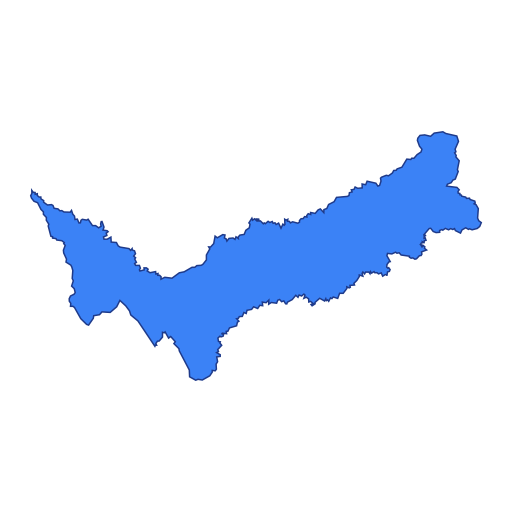 Fundación, Magdalena, Colombia
{"feature_id": "7082276B77818351082127", "entity_name": "Fundación", "entity_type": "district", "adm_level": 2, "iso_a3": "COL", "parent_name": "Colombia", "parent_adm1": "Magdalena", "projection": "mercator", "projection_center": [-73.904, 10.46], "detail": "fine", "context": "isolated", "style": "filled", "palette": "blue", "viewbox_px": 512, "rotation_deg": 0, "n_neighbors": 0, "source": "geoboundaries", "source_scale": "gbopen_adm2", "svg_char_len": 6051}
<svg xmlns="http://www.w3.org/2000/svg" viewBox="0 0 512 512"><path d="M202.3,380.0L209.8,375.8L212.2,372.2L212.2,370.4L215.2,370.8L216.4,369.2L216.1,364.1L217.6,361.7L216.7,356.9L220.2,356.4L220.2,354.7L216.6,352.6L218.5,351.5L217.7,349.6L221.7,345.3L219.9,343.0L220.3,341.8L218.5,341.5L217.9,338.1L219.9,336.2L221.0,336.9L223.1,336.2L223.6,334.5L221.9,333.8L222.3,333.2L226.6,333.7L226.2,331.4L227.9,331.2L229.5,327.9L236.6,325.8L237.4,322.2L238.9,321.2L236.6,318.7L238.4,318.3L239.3,316.6L242.3,316.4L243.9,312.5L246.2,313.5L247.0,310.3L251.6,309.4L253.6,306.8L257.7,308.5L259.8,305.3L262.7,305.7L262.3,302.1L266.1,302.7L268.8,300.1L268.7,304.2L271.3,302.5L276.6,303.2L277.8,300.2L279.6,299.5L281.6,301.7L283.8,300.9L285.6,303.8L286.8,303.9L287.4,302.2L292.2,299.6L295.8,295.3L298.0,297.3L299.1,295.0L301.6,296.0L303.9,294.1L305.0,295.1L303.9,298.3L306.2,297.2L308.6,298.8L308.8,302.0L310.6,301.4L313.1,303.4L311.0,304.5L312.1,305.8L315.1,303.8L315.0,302.4L319.7,298.3L324.6,301.0L325.8,298.7L326.4,300.6L327.6,299.9L328.7,301.3L330.5,297.9L331.9,298.6L333.2,297.0L337.7,298.4L339.6,293.3L343.2,293.3L346.9,288.4L346.8,286.8L349.2,287.9L350.3,287.3L349.9,285.4L354.5,285.0L353.9,283.3L356.8,280.5L359.3,276.5L359.3,275.0L362.9,276.2L362.1,273.3L362.9,272.0L364.6,273.9L365.6,272.1L368.9,272.1L370.0,273.7L370.5,271.6L371.6,273.1L374.0,271.6L374.7,272.7L377.1,272.7L378.5,273.9L381.2,272.9L382.7,276.2L385.2,274.6L386.6,274.7L386.9,275.8L387.5,271.9L389.4,271.4L390.1,269.6L388.7,267.7L387.9,268.2L386.7,267.1L387.0,264.5L388.9,261.9L390.2,261.6L386.9,255.7L387.5,253.4L391.9,253.9L395.6,252.2L396.9,253.2L399.2,252.8L401.1,255.0L409.4,256.2L409.4,257.2L411.1,258.2L412.8,257.9L414.9,259.2L416.5,258.8L419.4,255.7L421.1,255.5L421.9,254.2L421.5,251.9L426.6,250.0L424.5,248.3L424.8,246.7L423.0,245.6L422.0,246.9L421.3,245.8L422.5,245.2L420.4,244.5L421.4,242.9L422.7,242.8L422.4,241.7L424.1,242.5L424.3,240.7L426.0,240.3L425.2,237.9L424.1,238.3L424.2,236.5L425.5,235.7L425.0,235.0L424.2,235.7L423.8,234.9L429.2,228.5L430.7,228.3L433.2,231.5L436.1,232.6L439.7,232.3L439.6,230.5L441.9,229.6L442.8,230.2L445.3,228.4L448.6,229.8L450.7,228.6L452.8,229.5L454.5,228.6L455.4,230.6L460.5,233.1L462.0,229.9L465.7,227.8L468.5,229.4L469.5,228.8L472.1,229.8L477.2,228.5L479.7,226.5L481.3,222.6L478.7,220.7L477.6,218.1L478.3,208.6L476.0,204.6L474.1,203.8L475.2,202.9L474.8,201.1L470.1,199.5L469.5,198.2L466.5,198.4L465.7,197.1L461.7,196.2L461.4,195.1L459.8,194.7L459.9,193.5L458.2,193.1L458.0,191.5L459.2,189.8L456.9,187.4L446.6,186.1L447.4,184.2L451.2,182.7L452.9,180.1L455.3,179.1L458.2,171.5L457.4,169.7L459.2,160.8L455.9,156.9L456.2,155.4L454.6,152.8L455.9,151.8L455.1,149.2L458.5,141.4L456.8,136.0L445.8,133.5L442.9,131.8L434.2,133.1L430.6,136.3L424.7,134.9L420.0,135.4L417.8,138.2L417.4,140.4L419.5,146.2L421.9,149.2L421.0,152.0L417.1,154.6L413.9,158.3L411.7,158.2L410.8,159.5L406.8,159.1L401.9,167.2L397.1,168.9L396.2,170.3L393.7,170.5L392.4,173.0L388.5,175.8L386.3,175.3L381.5,177.2L380.5,178.2L381.0,181.1L379.6,185.4L377.9,186.1L375.9,183.2L367.1,181.2L365.7,184.7L362.1,184.0L362.2,187.9L357.7,188.3L355.1,187.0L354.0,189.4L351.3,189.8L352.1,191.9L349.4,192.7L349.0,195.5L347.4,196.4L336.5,197.4L334.1,201.7L328.6,204.5L326.8,208.5L323.9,209.6L323.8,212.6L320.3,208.9L318.1,209.9L315.2,213.4L310.6,212.5L310.7,214.5L308.2,213.7L306.7,215.6L306.9,217.0L304.6,216.6L303.2,218.6L301.1,218.7L299.5,220.5L299.5,222.2L297.8,223.2L292.6,221.8L290.4,222.9L289.4,221.4L287.5,221.3L287.8,219.3L286.1,220.1L284.7,219.2L284.9,224.5L284.1,225.3L282.9,224.1L281.0,228.2L278.6,223.1L276.1,224.5L275.0,222.8L273.1,223.3L272.3,221.5L269.8,222.5L268.1,221.3L265.3,223.7L264.2,222.9L263.3,223.8L260.4,220.9L259.1,221.1L258.7,219.1L256.8,219.0L258.0,220.7L257.1,221.1L254.5,218.8L252.6,220.2L251.9,218.2L248.9,222.9L250.0,224.2L249.3,227.8L245.8,230.3L244.2,234.4L239.9,235.1L238.1,237.1L238.3,238.5L236.0,236.8L235.0,239.4L233.1,238.0L229.0,238.4L226.9,241.1L226.1,238.8L224.4,238.0L225.0,235.0L222.8,234.6L217.3,237.8L215.1,236.1L213.7,243.6L210.6,247.0L208.7,246.9L209.8,248.9L206.4,255.0L206.4,259.9L203.0,264.2L201.3,265.3L196.8,265.6L194.8,267.3L192.0,267.3L184.2,271.8L179.3,272.8L172.0,278.2L164.8,277.3L161.0,279.2L161.1,276.8L159.6,275.3L157.8,275.3L158.0,273.5L155.9,274.0L155.6,271.6L150.0,272.7L147.2,271.0L148.1,269.2L146.5,267.9L144.0,267.9L144.2,269.9L139.9,271.0L139.4,269.8L140.4,268.2L139.4,265.4L135.6,265.4L134.6,263.5L136.4,262.4L134.7,259.0L135.6,257.8L133.7,256.1L135.5,253.7L134.5,250.8L132.3,250.0L132.1,248.6L130.6,250.4L129.0,248.6L120.1,247.1L118.2,245.9L116.4,242.5L111.2,242.1L110.9,237.1L107.2,239.2L104.0,239.2L103.5,236.9L106.9,235.5L106.2,233.1L108.1,231.7L107.1,230.7L103.0,230.1L104.0,227.1L102.0,221.5L101.2,221.6L100.6,224.0L101.1,226.3L98.6,227.8L95.6,225.6L92.5,225.6L88.1,219.2L86.7,220.1L82.3,219.3L81.0,220.3L80.4,222.8L79.0,223.0L77.3,219.1L75.0,219.5L74.5,216.1L72.8,214.2L71.5,210.4L70.2,212.2L64.0,212.0L61.8,210.6L59.9,210.8L58.0,208.9L54.1,208.3L53.0,205.5L51.5,204.6L47.5,205.0L43.6,202.2L43.7,200.6L41.0,198.9L40.8,197.0L39.2,197.1L37.3,195.5L37.3,193.7L35.2,194.3L35.1,192.5L33.2,192.3L31.8,190.4L31.9,193.3L30.7,195.7L31.5,198.1L34.0,201.3L37.6,202.7L41.0,209.5L43.4,211.8L43.4,214.3L46.4,217.5L46.3,220.2L48.8,224.2L48.2,226.0L50.9,236.3L52.6,236.7L52.6,238.1L56.0,238.6L56.7,240.0L61.8,240.7L64.3,242.6L63.7,243.6L65.2,245.4L63.4,250.2L63.7,253.0L66.5,259.1L66.0,262.1L70.8,265.1L71.8,267.0L72.8,270.5L72.2,278.4L73.3,280.8L71.6,286.1L74.2,288.6L75.2,292.5L74.1,294.2L70.5,296.0L69.2,298.7L69.3,301.2L70.8,303.4L70.5,306.3L72.9,306.3L74.5,307.5L80.8,318.7L86.6,324.4L88.6,325.1L93.3,318.3L93.7,315.7L99.5,314.7L102.0,311.9L110.2,312.4L116.7,306.8L119.9,300.4L125.8,305.9L129.5,310.9L130.8,315.0L137.9,320.9L154.9,346.3L155.4,345.2L156.6,345.2L155.8,343.6L157.4,341.2L159.2,341.0L162.5,337.1L162.5,332.3L164.3,332.8L165.1,331.9L168.6,338.1L170.7,336.5L175.3,341.7L173.9,343.6L178.9,348.6L179.3,350.9L189.3,370.0L189.6,376.8L195.7,380.2L198.0,379.3L202.3,380.0Z" fill="#3b82f6" stroke="#1e3a8a" stroke-width="1.5"/></svg>